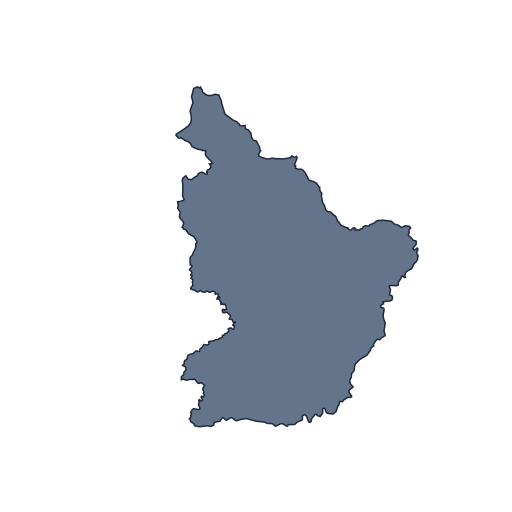 Maripí, Boyacá, Colombia, rotated 237°
{"feature_id": "7082276B23920706141939", "entity_name": "Maripí", "entity_type": "district", "adm_level": 2, "iso_a3": "COL", "parent_name": "Colombia", "parent_adm1": "Boyacá", "projection": "orthographic", "projection_center": [-74.01, 5.573], "detail": "fine", "context": "isolated", "style": "filled", "palette": "slate", "viewbox_px": 512, "rotation_deg": 237, "n_neighbors": 0, "source": "geoboundaries", "source_scale": "gbopen_adm2", "svg_char_len": 6122}
<svg xmlns="http://www.w3.org/2000/svg" viewBox="0 0 512 512"><g transform="rotate(237 256 256)"><path d="M279.2,346.9L279.9,346.4L283.1,346.5L284.9,346.0L286.9,344.9L290.7,341.7L298.7,342.6L302.2,342.2L304.2,341.2L305.9,338.5L308.0,336.9L310.1,338.4L310.4,337.7L311.5,338.0L315.9,343.9L317.4,344.3L317.5,342.9L318.4,341.5L320.5,340.5L319.6,338.4L322.8,331.3L326.1,327.0L326.6,325.6L328.9,323.5L331.1,318.3L336.1,314.1L338.3,313.0L339.9,313.5L341.7,317.3L342.4,317.0L345.2,318.2L351.1,318.9L352.7,318.8L354.1,317.0L355.4,316.7L357.8,316.9L362.0,318.7L366.1,318.2L368.1,316.5L370.2,317.2L371.4,318.0L372.7,315.0L374.3,313.5L375.8,313.9L376.7,313.4L378.8,313.2L382.6,310.7L392.0,307.3L402.7,310.3L404.5,311.3L411.2,312.5L413.8,310.1L414.7,306.5L416.4,303.6L417.8,302.3L422.6,300.4L424.5,301.3L427.9,301.4L427.7,300.1L429.8,299.1L430.5,295.0L424.7,288.7L419.1,286.8L414.8,281.2L412.8,279.2L411.5,279.1L406.8,276.9L403.4,274.0L402.0,270.2L401.6,265.2L401.6,255.3L400.6,254.6L397.3,255.1L396.7,255.6L396.0,257.5L391.5,259.5L388.2,261.7L384.9,262.3L383.0,261.9L380.7,262.9L377.0,265.5L374.4,268.5L373.7,268.3L371.8,271.2L368.6,268.7L365.8,268.6L364.3,269.1L362.7,269.1L360.8,269.9L357.2,269.9L358.6,267.0L355.9,267.0L354.9,266.5L354.2,263.7L354.5,261.7L353.1,260.3L352.6,260.8L351.4,259.5L351.9,258.4L355.4,256.7L356.3,255.0L356.5,252.4L355.6,251.3L355.3,250.1L355.5,246.7L355.1,243.7L357.3,240.9L361.5,240.9L361.2,237.1L359.6,235.3L355.8,233.6L346.4,227.2L342.5,226.5L342.3,225.0L343.1,221.9L344.2,219.9L341.0,218.4L338.8,216.4L333.9,216.3L330.7,213.1L328.6,212.9L325.1,213.6L323.2,213.3L322.2,212.5L320.2,209.6L319.3,210.2L318.1,209.9L316.2,211.4L311.1,211.6L306.1,214.3L303.8,214.5L299.6,214.0L299.1,212.1L296.8,210.8L294.7,208.5L293.1,205.2L291.5,203.4L290.9,200.5L289.9,199.3L284.5,196.0L283.3,196.8L282.3,196.8L280.8,192.7L277.4,193.4L276.5,192.8L275.8,191.0L275.4,190.9L274.4,191.8L273.9,191.6L273.0,189.4L270.7,190.1L269.7,189.9L269.0,188.5L265.7,187.0L265.1,184.5L264.1,183.4L262.9,183.9L260.6,186.1L258.1,186.9L257.3,188.3L257.4,190.5L255.0,191.5L253.3,193.7L253.6,195.3L252.8,196.3L250.8,197.1L250.0,200.8L247.8,202.3L246.7,201.2L245.9,201.2L245.4,203.5L244.2,203.6L243.1,202.2L241.8,203.0L241.2,202.9L242.1,200.9L241.1,199.8L239.7,201.9L238.0,201.3L236.2,201.5L235.5,200.6L234.4,200.3L234.0,200.9L234.3,201.8L233.0,202.3L232.4,203.6L230.1,203.4L227.3,202.3L227.8,201.3L227.7,200.0L228.6,200.1L229.3,199.1L229.1,198.2L226.7,197.4L225.8,198.1L225.0,200.4L224.4,201.0L220.4,202.1L219.7,201.9L219.1,201.6L217.8,199.3L216.9,199.8L215.7,201.3L212.9,200.8L212.2,201.4L211.9,202.6L211.4,202.5L211.0,199.2L210.3,198.9L208.8,199.8L207.0,197.4L207.3,196.5L209.5,195.7L210.1,193.3L209.9,192.8L207.8,192.4L207.4,191.8L207.6,191.1L207.1,190.2L207.7,187.7L207.1,186.0L207.7,184.6L206.4,183.6L206.3,181.9L206.9,180.7L206.7,178.5L207.9,176.3L207.9,174.2L209.9,170.1L209.5,169.3L208.3,169.1L207.7,168.4L208.0,166.5L210.1,164.1L208.7,161.2L208.7,158.6L206.8,156.7L207.2,155.8L209.1,154.0L208.5,149.8L209.7,146.6L209.7,145.1L209.5,144.4L207.1,141.7L207.1,139.3L206.7,138.5L204.6,137.0L204.3,134.9L201.1,136.5L199.4,135.8L198.4,134.7L197.8,132.2L196.2,131.1L195.3,127.5L192.8,126.0L192.4,128.1L190.9,128.9L189.4,130.5L188.6,133.4L186.9,135.4L186.4,137.5L181.1,138.0L180.0,139.1L179.3,141.5L175.4,142.3L174.3,139.8L173.3,138.8L170.2,138.2L169.6,137.0L167.6,137.3L167.2,136.8L166.5,135.0L168.0,134.2L167.9,133.5L167.0,132.9L164.9,132.8L164.0,132.0L164.0,131.2L164.5,130.8L166.3,130.4L166.3,129.4L164.4,128.6L162.3,126.6L159.3,126.3L158.3,125.7L158.5,124.6L159.4,123.1L161.9,120.6L161.8,118.7L160.3,115.9L158.7,115.9L157.9,114.5L156.2,113.3L155.7,111.4L154.8,111.8L152.7,111.0L149.5,112.4L146.8,112.2L143.7,115.4L140.1,122.8L137.8,124.9L137.1,128.3L139.0,130.2L139.1,130.8L137.1,135.9L138.3,138.4L138.5,140.1L137.6,140.7L134.6,141.5L134.2,142.6L134.2,146.7L132.9,147.9L129.6,149.0L128.3,150.1L127.2,154.5L124.8,159.5L117.1,166.4L112.0,172.7L109.3,174.4L106.9,177.9L105.3,179.0L102.6,179.5L102.0,184.9L101.4,186.2L100.2,187.4L97.2,188.7L96.2,189.6L96.2,190.1L97.1,191.1L93.9,196.2L93.7,197.5L94.3,200.2L93.3,205.1L93.8,206.1L96.5,207.7L96.7,209.8L95.8,210.6L93.9,211.1L88.5,209.9L87.5,210.1L87.2,210.8L87.1,212.0L89.3,214.1L90.9,219.2L90.6,220.1L88.0,221.0L86.4,222.4L88.0,226.4L91.7,228.7L91.4,229.9L90.6,230.5L89.7,230.6L87.8,229.8L85.7,229.9L84.3,231.1L81.5,234.6L81.9,238.4L85.1,242.2L85.9,244.3L88.2,246.7L88.2,247.3L86.7,249.3L87.4,250.8L87.5,255.9L86.0,258.1L85.8,259.5L86.7,260.0L91.0,259.7L91.9,260.1L92.9,261.5L93.1,265.8L93.8,266.2L96.6,265.6L97.9,265.7L100.7,266.9L102.4,269.9L105.4,272.3L106.1,275.0L106.9,276.3L109.7,278.5L111.4,280.7L112.7,286.9L112.4,294.9L114.5,300.4L116.4,302.7L116.4,305.5L116.7,306.0L118.1,306.4L120.1,311.6L120.0,312.6L118.4,314.1L119.0,316.6L118.9,320.8L120.1,321.7L122.3,322.1L123.9,322.9L129.2,327.8L134.3,329.0L137.1,330.4L141.4,334.4L142.8,334.6L144.9,332.8L146.1,333.1L146.8,334.6L146.4,336.9L148.5,337.4L145.4,344.0L145.0,345.5L145.4,346.5L146.8,347.9L148.0,348.3L148.9,348.2L150.1,347.0L150.8,347.0L154.7,350.6L157.9,351.0L158.3,351.7L157.7,353.2L154.4,358.0L154.1,359.4L156.7,361.4L157.9,364.8L159.6,366.9L159.5,367.7L157.0,368.9L156.6,369.6L158.7,370.2L160.9,373.1L160.9,377.4L160.4,379.2L163.3,384.1L163.9,387.1L165.2,389.6L168.0,392.1L170.5,392.3L171.9,393.0L172.8,394.8L174.2,395.8L175.0,395.3L174.5,393.7L174.9,392.1L176.1,391.5L176.6,391.6L177.5,393.0L178.4,396.5L180.8,398.3L181.7,398.3L183.7,396.2L186.3,396.3L190.2,395.1L190.8,395.3L192.2,397.3L193.8,397.9L194.6,398.7L195.2,401.0L197.5,400.7L200.0,397.8L200.6,393.6L204.5,392.0L207.7,389.3L211.4,388.5L217.3,381.5L217.7,380.0L218.8,378.8L219.7,376.2L219.3,372.8L220.2,368.4L219.6,366.8L221.8,364.2L222.1,362.5L222.0,361.5L221.0,360.2L221.8,358.4L221.4,356.5L222.6,355.5L223.5,353.4L224.0,353.5L224.6,354.4L226.0,353.9L226.6,352.4L226.0,349.8L226.7,348.7L228.1,348.3L229.8,348.4L230.6,347.2L235.5,344.0L239.8,343.9L241.5,343.5L245.3,344.4L246.4,344.3L248.4,343.3L252.0,342.6L254.6,340.1L256.9,339.6L260.8,340.9L265.3,341.1L271.1,343.8L272.7,345.3L275.7,345.1L279.2,346.9Z" fill="#64748b" stroke="#1e293b" stroke-width="1.5"/></g></svg>